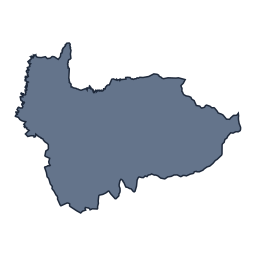 outline of Chiang Kham, Phayao, Thailand
{"feature_id": "78962969B51854654401236", "entity_name": "Chiang Kham", "entity_type": "district", "adm_level": 2, "iso_a3": "THA", "parent_name": "Thailand", "parent_adm1": "Phayao", "projection": "robinson", "projection_center": [100.283, 19.484], "detail": "fine", "context": "isolated", "style": "filled", "palette": "slate", "viewbox_px": 256, "rotation_deg": 0, "n_neighbors": 0, "source": "geoboundaries", "source_scale": "gbopen_adm2", "svg_char_len": 5538}
<svg xmlns="http://www.w3.org/2000/svg" viewBox="0 0 256 256"><path d="M185.2,79.6L178.4,77.8L175.9,78.1L168.0,77.8L163.5,78.7L162.0,78.2L161.4,77.4L159.3,76.4L158.6,75.1L157.1,74.3L153.8,73.9L148.7,76.5L143.0,77.5L139.8,77.3L138.3,78.2L137.1,77.8L136.2,78.7L134.7,78.8L133.6,79.4L132.8,78.9L132.6,79.2L131.5,79.0L130.3,78.0L130.1,77.5L127.5,77.3L125.7,77.5L125.9,79.1L121.2,79.6L120.6,79.2L120.2,80.0L119.9,79.8L119.8,80.1L119.6,79.6L119.3,80.0L119.0,79.7L117.6,79.9L117.3,80.2L116.7,79.3L116.5,79.7L116.3,79.4L115.5,79.8L113.3,78.9L112.3,79.1L111.7,79.3L109.4,84.8L107.8,85.0L106.6,85.8L106.5,86.4L105.5,87.1L105.2,88.9L103.7,88.8L103.6,90.1L103.3,90.4L103.0,90.2L102.7,90.8L102.3,91.0L101.3,91.0L101.2,90.4L100.6,90.8L100.2,90.5L99.7,90.8L99.6,90.2L99.2,90.2L99.2,90.8L97.7,90.6L97.1,91.2L97.3,90.4L96.0,90.9L96.2,90.4L95.8,90.2L95.4,91.3L94.3,91.4L94.6,92.5L93.6,92.6L93.3,92.0L93.7,91.7L93.7,91.3L93.4,91.4L93.4,91.1L92.9,90.8L93.3,90.4L93.0,89.6L92.4,89.5L92.4,89.1L91.5,88.9L91.0,88.3L90.6,88.6L90.4,88.0L90.8,87.4L90.1,86.9L90.0,86.3L89.5,85.9L89.3,86.4L89.6,87.4L89.1,88.1L88.4,87.9L87.7,88.2L87.2,87.8L86.5,88.2L86.8,89.0L87.2,89.1L87.1,89.9L86.6,89.0L85.1,88.8L81.0,90.3L78.9,89.6L77.9,89.0L77.1,89.0L76.2,88.4L73.2,87.8L72.3,87.0L71.2,87.0L71.0,85.4L71.1,84.6L70.7,83.6L69.3,82.4L69.5,81.4L69.2,80.9L69.1,79.0L68.8,78.7L68.8,77.9L69.3,68.9L69.1,68.2L68.0,67.9L68.3,66.9L67.8,66.2L67.9,64.8L67.6,64.3L67.8,64.0L67.6,63.2L68.2,62.4L68.0,61.7L68.6,59.9L70.2,59.1L70.9,58.3L70.4,54.0L71.0,50.3L70.3,48.6L70.6,47.8L70.2,47.4L70.2,46.2L69.8,45.6L70.2,44.2L69.2,43.0L66.9,43.2L66.5,43.4L65.9,44.5L65.3,44.8L65.5,45.4L65.3,46.0L65.0,46.0L64.1,47.3L63.1,48.1L63.2,48.6L62.8,48.7L62.1,50.2L62.5,50.4L62.4,51.4L61.9,52.0L62.1,52.5L61.7,53.2L61.0,53.2L60.8,53.5L60.4,56.6L58.2,59.4L54.5,56.9L52.9,56.5L52.0,56.6L50.4,58.1L47.3,58.6L45.4,56.7L41.2,57.6L37.3,57.3L36.0,56.0L35.8,54.9L35.5,55.2L34.8,54.9L34.2,55.8L33.5,55.2L33.5,57.0L33.3,57.5L31.9,56.1L31.1,56.4L31.8,56.6L31.1,57.5L31.9,58.0L31.2,58.2L30.9,59.4L30.0,59.7L29.8,61.1L29.0,60.7L27.9,61.6L28.9,63.2L30.2,63.4L30.7,63.7L29.4,65.0L29.9,66.1L29.7,66.6L27.3,67.6L27.6,68.6L28.6,69.2L29.0,70.0L28.4,70.4L27.9,69.5L26.6,70.6L26.3,71.2L26.6,72.1L28.0,72.3L27.2,73.9L27.9,74.5L27.7,75.5L28.3,75.9L28.4,76.4L27.2,77.4L26.5,77.2L26.5,76.3L25.4,76.4L25.2,77.4L26.1,78.0L25.1,79.3L25.1,80.4L25.9,80.1L26.1,81.4L26.6,82.0L27.8,81.7L28.3,82.1L26.4,83.7L26.4,84.1L27.3,84.8L27.1,86.6L26.6,86.8L26.6,86.3L26.0,85.7L25.1,87.2L25.6,87.9L26.2,87.4L26.7,87.5L26.2,88.8L26.9,89.9L26.4,90.5L25.9,90.1L25.1,90.1L25.2,91.3L25.9,92.4L25.3,93.2L25.7,94.2L25.5,94.6L24.9,95.0L24.1,94.8L23.7,95.0L23.4,93.7L21.8,93.4L21.3,93.0L20.9,93.7L21.4,94.5L21.7,94.2L22.4,94.5L22.2,94.9L22.7,95.4L22.5,96.1L22.8,96.8L20.4,96.7L20.1,97.0L20.7,98.0L20.5,98.7L21.0,100.4L22.1,100.9L22.7,102.2L23.2,102.3L23.9,101.9L24.4,102.6L23.3,104.1L22.9,103.9L22.7,103.1L21.8,104.0L21.8,104.6L22.9,106.6L22.3,107.9L20.6,108.1L18.7,107.2L18.0,107.6L17.9,108.3L17.0,109.4L18.0,110.9L18.7,111.0L18.6,112.1L18.1,112.4L16.0,111.9L15.9,112.4L16.6,113.7L17.5,114.0L17.3,114.5L16.3,114.7L15.5,115.7L15.4,116.4L18.4,117.4L19.8,119.4L21.4,120.5L23.7,121.4L24.9,121.4L25.8,121.8L23.8,124.4L24.8,125.2L24.1,126.6L24.7,127.3L25.1,126.7L26.7,127.9L26.4,128.3L27.3,129.3L29.1,130.4L25.4,134.0L27.8,136.5L31.0,135.7L33.8,135.8L34.1,137.1L35.5,136.6L35.8,134.1L38.4,136.4L41.1,137.8L41.1,138.3L42.8,138.8L43.6,140.4L45.1,142.0L47.1,143.3L48.3,144.6L48.4,148.6L47.9,149.6L45.8,151.0L44.9,155.8L45.5,156.4L49.7,158.3L48.7,161.9L49.2,163.9L50.2,165.3L49.8,165.7L47.7,165.8L46.7,166.5L44.8,167.0L44.6,167.4L46.4,172.5L47.1,176.8L48.3,178.0L49.0,179.3L50.3,183.9L52.3,186.5L52.0,188.6L54.1,191.3L56.1,195.1L57.1,196.0L57.7,197.7L57.5,199.0L60.1,204.9L60.9,205.8L66.8,203.1L67.6,203.0L69.2,203.5L69.7,203.9L69.6,205.9L70.3,206.6L76.7,210.8L80.7,213.0L82.5,211.2L85.7,210.1L85.0,208.5L85.4,207.5L88.6,208.0L89.6,208.7L90.1,209.8L92.3,208.8L97.3,209.0L97.6,208.6L97.6,206.3L98.4,203.4L98.2,201.0L98.8,195.7L99.4,195.1L102.8,194.4L105.9,192.9L108.3,191.1L109.1,191.3L110.6,193.7L115.1,198.7L116.0,198.7L118.8,195.9L119.0,193.8L119.8,192.6L120.1,191.0L120.0,188.3L119.2,186.3L119.1,184.7L119.9,180.9L120.9,179.3L121.6,179.5L122.9,180.7L123.0,181.6L123.8,182.4L125.8,187.0L128.1,187.6L129.4,188.5L131.2,188.9L133.1,191.3L134.1,191.9L135.0,191.3L136.5,186.2L137.1,180.1L138.2,177.7L139.1,176.9L141.9,177.6L143.4,177.6L145.1,176.0L147.0,176.6L148.2,175.1L150.6,174.6L151.5,173.9L154.3,175.1L155.4,175.0L157.6,175.7L160.7,178.1L164.6,178.9L165.2,178.7L167.7,176.9L171.2,176.4L174.0,175.0L177.2,174.9L180.5,176.6L181.6,176.4L182.9,175.4L185.1,175.5L186.3,175.9L190.3,174.1L193.1,173.5L193.7,173.1L194.3,171.8L194.9,171.6L196.5,171.4L196.9,171.8L199.3,171.8L202.9,170.2L204.3,168.8L207.1,166.9L209.7,166.1L210.6,165.4L213.0,163.3L215.3,160.5L217.1,159.4L221.6,155.1L222.0,153.9L222.1,144.9L222.5,143.8L224.1,142.4L224.9,139.4L226.9,138.1L227.7,136.2L230.7,132.8L233.1,133.1L235.8,131.7L238.3,131.8L240.2,130.6L240.6,129.1L240.6,127.3L239.1,123.4L238.5,119.9L238.4,117.6L238.6,115.9L238.3,113.3L237.2,114.8L236.4,115.3L233.5,115.4L230.7,117.9L229.6,119.3L226.5,119.2L223.0,115.0L221.4,114.1L218.2,113.0L217.1,111.1L214.6,108.1L214.0,107.7L211.9,107.8L209.9,106.2L206.6,105.1L205.5,105.6L204.5,107.3L201.8,108.1L200.9,107.6L199.7,106.1L196.3,105.5L194.1,100.6L191.7,99.1L190.9,97.3L188.9,96.4L186.1,95.9L184.0,94.8L183.1,93.7L182.6,92.1L181.9,91.5L182.0,88.2L181.2,86.8L181.0,85.5L183.3,83.2L185.2,79.6Z" fill="#64748b" stroke="#1e293b" stroke-width="1.5"/></svg>